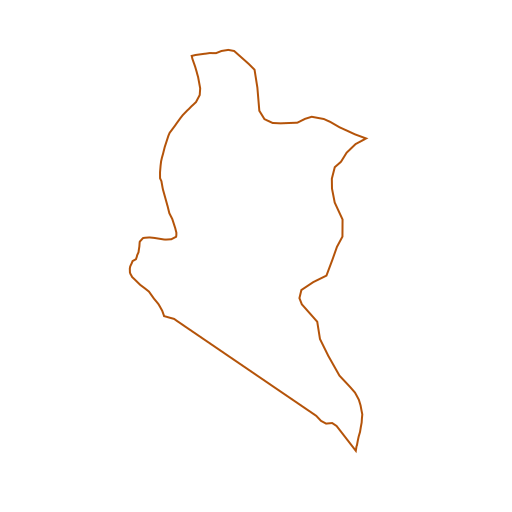 the district of Millet, Anse-la-Raye, Saint Lucia, rotated 171°
{"feature_id": "8701671B66361265375763", "entity_name": "Millet", "entity_type": "district", "adm_level": 2, "iso_a3": "LCA", "parent_name": "Saint Lucia", "parent_adm1": "Anse-la-Raye", "projection": "natural_earth1", "projection_center": [-60.988, 13.911], "detail": "fine", "context": "isolated", "style": "outline", "palette": "amber", "viewbox_px": 512, "rotation_deg": 171, "n_neighbors": 0, "source": "geoboundaries", "source_scale": "gbopen_adm2", "svg_char_len": 2068}
<svg xmlns="http://www.w3.org/2000/svg" viewBox="0 0 512 512"><g transform="rotate(171 256 256)"><path d="M128.9,354.9L139.1,360.6L153.4,370.1L161.5,376.7L167.6,380.7L179.2,384.8L186.1,383.8L194.3,381.2L211.1,383.2L218.8,384.8L226.2,389.8L230.0,398.9L228.3,422.1L228.3,440.2L233.1,446.8L245.5,461.9L251.1,463.9L258.0,463.9L263.8,462.6L270.1,463.7L273.8,463.7L275.4,463.8L284.7,464.0L285.2,463.9L288.2,463.7L288.0,461.2L288.0,460.8L286.5,452.6L285.8,447.2L285.6,445.1L285.2,441.9L284.9,430.3L286.4,423.8L288.5,421.0L291.2,417.4L295.3,414.6L295.8,414.3L296.4,413.9L299.3,411.7L301.0,410.6L306.2,406.7L308.9,404.2L313.9,399.2L315.5,397.5L322.0,391.2L323.7,388.5L329.1,377.9L332.0,371.1L333.5,367.9L334.9,364.4L336.1,360.2L337.7,353.7L338.6,347.8L337.7,344.6L337.7,343.7L337.6,338.1L337.5,336.2L335.8,321.4L335.7,320.2L335.6,319.8L335.5,318.8L334.9,311.8L332.9,305.6L331.4,296.0L331.0,291.4L331.4,289.1L331.9,287.5L337.0,285.8L342.4,286.3L344.3,286.7L353.1,289.6L354.1,289.9L358.3,291.0L363.1,291.4L364.7,291.4L365.4,290.9L368.5,288.4L368.8,287.6L369.7,283.7L371.1,279.3L371.4,278.2L371.7,277.7L373.3,275.3L373.8,274.0L375.1,271.6L375.9,271.3L378.7,270.3L380.0,268.1L381.0,266.7L381.9,265.3L382.6,263.3L383.1,259.4L382.9,258.4L382.8,257.9L382.0,255.8L381.7,254.7L381.3,254.2L381.1,253.9L380.0,252.5L375.4,246.3L374.8,245.5L374.2,244.9L370.8,241.4L367.3,237.6L363.5,229.9L361.7,226.9L360.0,224.0L359.4,222.6L357.2,216.6L356.3,211.8L356.2,211.0L346.6,206.6L345.5,205.5L344.2,204.2L342.8,202.9L337.1,197.5L221.5,88.7L217.6,83.0L213.0,79.5L206.9,79.1L203.0,75.5L187.9,48.0L186.5,52.3L185.9,53.3L184.2,58.1L182.8,61.7L180.8,65.9L179.1,71.0L177.7,75.0L176.8,79.0L175.8,82.9L176.0,88.3L176.1,92.1L176.9,97.9L178.2,101.7L179.6,105.6L180.6,107.2L183.1,111.2L184.9,113.9L192.3,124.8L200.2,146.0L205.8,164.0L205.8,181.5L218.3,201.1L219.7,207.6L216.5,215.3L203.4,221.3L189.5,225.6L181.1,240.4L174.6,252.4L167.6,261.6L164.8,278.5L169.9,296.5L170.4,310.7L169.0,320.5L164.3,331.4L157.3,335.8L150.3,343.9L140.1,351.0L128.9,354.9Z" fill="none" stroke="#b45309" stroke-width="2"/></g></svg>